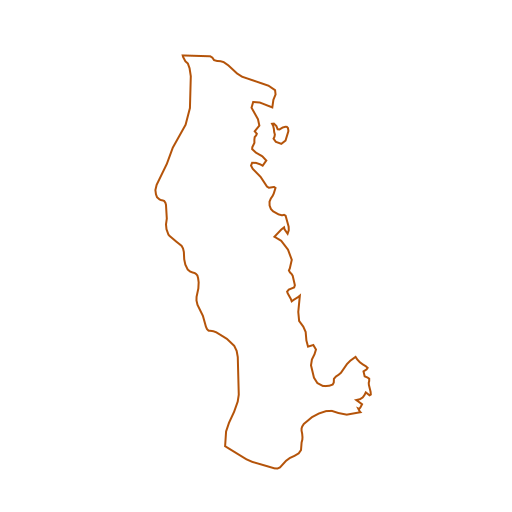 Blekinge, Natural Earth projection, rotated 257°
{"feature_id": "SWE-262", "entity_name": "Blekinge", "entity_type": "County", "adm_level": 1, "iso_a3": "SWE", "parent_name": "Sweden", "parent_adm1": "", "projection": "natural_earth1", "projection_center": [15.198, 56.256], "detail": "fine", "context": "isolated", "style": "outline", "palette": "amber", "viewbox_px": 512, "rotation_deg": 257, "n_neighbors": 0, "source": "natural_earth", "source_scale": "10m", "svg_char_len": 2958}
<svg xmlns="http://www.w3.org/2000/svg" viewBox="0 0 512 512"><g transform="rotate(257 256 256)"><path d="M467.9,229.7L460.9,256.3L459.1,258.1L456.3,259.2L454.8,261.9L453.8,265.2L452.2,268.1L448.0,271.9L438.1,278.6L433.8,282.8L419.1,306.5L413.3,311.9L409.0,311.4L404.3,308.1L397.1,305.3L404.7,294.2L406.7,287.9L401.5,285.0L388.8,288.7L382.3,288.6L377.8,282.8L374.9,284.3L373.5,283.3L372.2,281.5L369.8,280.6L366.6,279.9L362.9,276.9L361.0,276.3L356.7,279.2L351.7,284.6L346.7,287.5L342.5,282.8L344.3,280.8L346.7,277.0L347.7,273.2L345.2,271.5L341.7,272.4L332.0,278.3L321.2,282.3L319.6,283.9L319.2,289.1L317.9,290.3L312.8,287.3L310.8,285.7L308.7,283.4L305.9,281.4L302.1,280.6L298.4,281.1L295.7,282.7L291.5,287.3L289.8,290.5L289.8,292.6L288.6,293.9L277.2,294.4L273.7,293.7L270.6,291.8L275.6,289.8L277.6,289.8L276.1,286.6L270.6,278.3L265.1,284.0L255.0,288.6L244.2,290.0L236.4,286.2L234.5,284.8L232.4,285.4L230.5,286.6L228.5,287.3L218.8,287.3L216.8,286.1L215.9,280.4L214.3,278.3L212.5,278.5L206.3,280.3L203.8,280.6L204.7,282.6L206.5,287.8L207.5,289.8L192.0,284.6L183.0,283.4L176.5,286.2L170.8,287.3L162.4,286.1L156.0,286.3L156.4,291.8L151.4,293.4L147.1,290.9L142.6,287.2L137.1,285.0L124.4,285.1L118.4,287.2L114.4,291.8L113.6,294.6L113.1,298.4L113.5,301.8L115.2,303.3L118.8,304.3L120.6,306.8L121.7,309.8L123.1,312.5L130.3,320.4L132.8,324.4L135.3,330.3L132.4,331.4L129.1,333.3L126.2,335.8L123.9,338.2L121.9,339.6L120.6,338.2L119.4,334.8L114.3,334.8L112.5,337.3L111.0,338.7L108.8,338.2L107.0,337.3L105.0,337.0L97.8,337.1L95.2,336.7L94.7,335.3L98.4,332.3L96.2,330.5L94.2,328.2L93.1,325.2L93.1,321.3L87.7,326.0L84.9,323.6L83.8,322.1L84.4,321.3L81.2,322.1L80.3,322.6L81.0,308.7L84.5,300.9L88.0,295.1L89.1,289.4L88.4,281.9L86.4,274.3L81.6,264.8L79.4,262.6L77.7,261.6L75.6,261.1L72.4,261.0L68.9,260.5L66.6,259.8L64.1,258.5L56.8,256.2L54.1,253.2L52.6,248.5L51.6,243.6L49.7,239.2L44.6,231.8L44.1,229.1L44.9,226.3L56.2,206.1L60.1,200.9L77.6,183.1L91.8,187.4L99.6,192.2L109.1,199.6L118.2,205.4L124.7,208.0L161.6,215.5L167.9,215.8L173.3,214.6L181.7,209.1L190.6,200.1L192.3,197.5L193.3,195.0L193.9,193.0L195.8,191.8L198.5,191.3L209.6,190.8L221.6,188.0L226.1,188.0L229.6,188.9L237.3,192.5L243.2,194.2L247.4,194.6L250.2,194.5L251.9,193.6L253.2,192.4L254.2,190.5L255.7,188.3L258.2,186.4L263.5,185.2L268.9,185.3L276.1,186.6L279.7,186.6L282.6,185.8L287.9,181.6L295.0,176.3L296.5,175.5L302.2,174.8L307.0,175.4L312.5,177.5L326.1,179.8L328.2,179.7L330.3,178.9L331.2,177.5L331.7,176.3L332.2,175.5L333.0,174.6L335.5,172.8L338.6,172.4L342.9,172.8L347.7,175.2L365.9,189.9L380.3,199.3L399.7,216.9L415.0,224.9L445.8,232.9L453.9,233.5L458.9,232.9L461.6,231.0L466.5,229.7L467.9,229.7ZM375.7,302.0L378.9,302.0L381.2,301.4L381.0,303.2L378.0,305.1L374.6,305.6L374.0,307.3L375.2,310.9L375.3,313.8L374.9,315.1L373.6,315.9L371.2,315.8L370.1,315.5L361.8,310.7L359.6,305.9L362.8,301.0L366.4,299.5L368.0,300.8L370.1,301.7L372.7,301.6L375.7,302.0Z" fill="none" stroke="#b45309" stroke-width="2"/></g></svg>